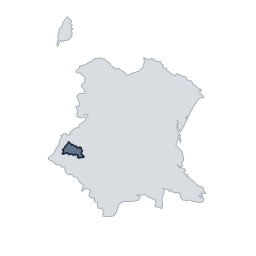 Vosges highlighted on a map of France, rotated 195°
{"feature_id": "FRA-5355", "entity_name": "Vosges", "entity_type": "Metropolitan department", "adm_level": 1, "iso_a3": "FRA", "parent_name": "France", "parent_adm1": "", "projection": "albers", "projection_center": [6.233, 48.171], "detail": "fine", "context": "in_parent", "style": "filled", "palette": "slate", "viewbox_px": 256, "rotation_deg": 195, "n_neighbors": 0, "source": "natural_earth", "source_scale": "10m", "svg_char_len": 5770}
<svg xmlns="http://www.w3.org/2000/svg" viewBox="0 0 256 256"><g transform="rotate(195 128 128)"><path d="M191.0,103.4L189.4,104.2L188.5,106.0L187.5,106.4L185.7,106.5L184.9,105.4L182.7,106.1L181.9,107.2L183.2,108.6L178.9,114.2L176.2,115.7L175.6,119.3L172.4,122.1L171.2,124.9L171.1,125.5L171.9,126.5L171.5,128.3L169.9,129.5L169.9,130.7L170.4,130.9L172.9,130.0L173.9,128.8L173.4,127.3L175.9,125.5L180.4,125.9L181.0,128.4L180.4,130.5L183.7,135.0L180.9,137.1L180.7,138.5L183.7,143.0L185.6,144.8L184.6,147.9L181.5,149.9L179.5,149.7L178.6,150.2L178.7,151.2L180.1,153.9L183.5,155.7L184.1,157.8L183.1,158.5L181.6,161.7L182.3,163.2L182.0,163.9L182.4,165.0L183.3,166.0L188.1,168.6L192.4,168.1L193.0,169.6L190.4,173.7L190.6,175.6L189.2,175.6L189.0,176.3L186.3,177.7L182.0,181.9L180.0,183.1L179.2,185.2L178.0,186.4L171.7,188.8L170.5,188.3L167.5,188.3L165.6,186.8L161.9,185.8L160.8,183.6L157.4,183.1L157.2,181.7L152.4,182.9L145.7,180.8L143.4,178.6L141.5,179.1L139.7,180.9L132.2,185.7L129.2,190.9L129.5,197.0L131.0,200.0L126.6,199.4L123.9,200.2L123.1,201.4L116.9,199.6L114.4,200.7L113.8,200.6L113.1,199.3L110.0,197.6L110.6,196.7L110.2,195.8L107.3,194.9L106.3,195.7L105.3,193.8L97.3,190.5L96.0,190.5L95.3,193.2L90.1,192.7L89.4,192.2L85.9,192.4L82.6,189.6L78.6,189.7L76.3,186.9L74.0,186.5L70.8,184.8L69.3,184.0L69.2,183.2L68.1,184.3L66.9,183.9L66.7,183.5L67.6,182.1L68.0,180.4L63.9,178.7L63.0,177.4L63.0,176.7L65.3,176.4L67.5,174.2L70.3,165.9L72.6,155.9L73.8,154.1L75.1,153.7L74.3,152.2L72.8,153.9L74.5,144.7L76.6,137.8L79.7,141.0L80.4,142.3L81.0,146.6L82.7,148.5L81.6,146.7L80.9,141.0L80.3,139.4L75.4,134.3L75.3,133.2L77.6,134.0L77.0,130.4L77.1,123.1L74.0,122.1L69.2,118.4L66.3,112.5L66.1,110.4L67.3,108.3L66.6,106.8L65.3,105.7L66.6,104.0L67.6,103.9L71.2,105.3L68.4,103.2L63.5,103.3L61.7,102.5L61.5,101.1L63.0,99.6L61.5,98.4L58.7,98.3L58.4,97.8L59.4,96.7L58.7,96.2L56.4,96.4L55.2,95.8L54.2,94.3L50.6,93.6L49.9,92.7L45.2,90.4L40.0,90.0L38.9,87.1L36.0,85.3L36.7,84.5L40.0,84.2L40.7,83.5L38.5,82.1L37.9,80.8L42.1,81.1L40.4,79.7L36.3,79.2L36.0,77.5L36.8,75.9L39.3,74.7L45.4,73.9L49.7,74.4L52.9,72.9L55.9,72.7L58.6,74.0L61.9,79.2L65.2,77.5L69.8,78.0L70.6,79.3L72.0,77.3L72.9,78.6L78.5,78.8L77.3,77.8L76.5,75.7L77.0,68.2L74.7,62.5L74.3,60.5L74.6,58.8L77.8,59.5L80.6,59.0L81.9,59.6L81.8,63.1L82.8,65.3L90.3,66.6L94.6,68.1L98.4,66.4L101.9,65.8L102.3,65.3L100.3,65.4L98.5,64.4L98.3,63.4L99.5,60.8L105.0,58.1L112.8,56.1L114.8,54.5L117.3,51.6L116.8,50.8L117.7,42.4L118.9,39.7L121.9,37.9L129.3,36.3L130.1,39.0L130.0,40.5L131.8,42.9L132.7,43.7L136.0,42.6L137.4,44.8L137.8,47.3L141.6,48.5L142.6,51.8L143.4,51.1L145.8,51.3L146.9,51.6L148.5,53.1L147.9,55.0L148.6,55.9L147.9,57.7L148.3,58.5L152.8,58.6L154.2,57.8L154.8,56.0L156.2,55.0L156.7,55.3L155.8,58.6L156.4,59.5L156.7,61.9L158.4,62.1L161.7,64.1L164.4,67.2L167.9,66.8L170.6,68.5L173.4,67.6L176.1,68.6L177.0,69.5L179.5,73.9L181.5,73.0L182.8,73.5L183.3,74.8L188.4,73.9L189.3,75.2L190.4,75.6L196.9,77.1L197.0,78.8L193.4,83.6L191.8,90.4L190.8,92.7L190.4,94.5L190.7,95.6L190.6,97.5L189.8,101.9L190.3,103.1L191.0,103.4ZM218.5,192.9L218.3,195.6L219.4,197.6L220.0,205.5L218.1,209.4L217.9,214.1L215.4,219.7L211.2,217.4L209.9,216.1L211.0,213.9L208.5,212.9L209.1,210.8L208.8,209.8L207.1,209.8L207.0,209.2L208.2,207.6L208.1,206.6L206.5,205.4L206.1,204.4L207.6,203.1L206.9,202.0L206.0,201.8L208.0,198.1L209.4,196.9L212.5,195.8L213.8,194.4L215.9,195.1L216.3,194.7L216.7,189.0L217.4,188.8L218.1,189.6L218.5,192.9ZM76.0,130.7L75.4,132.3L73.6,129.3L73.5,127.7L76.0,130.7Z" fill="#d9dde1" stroke="#a8b0b8" stroke-width="1"/><path d="M181.5,87.9L181.9,87.6L182.5,86.9L183.6,86.0L184.0,85.9L184.7,86.2L184.8,86.3L184.7,86.4L184.6,86.5L184.5,87.3L184.4,88.2L184.4,88.5L184.3,88.9L184.3,89.1L184.3,89.3L184.6,89.4L184.7,89.5L184.8,89.5L185.2,89.5L185.3,89.5L185.5,89.7L185.6,89.8L185.6,90.0L184.0,92.7L183.9,92.9L183.9,93.0L184.0,93.1L184.0,93.3L184.1,93.6L184.0,93.8L183.8,94.2L183.4,95.1L183.1,95.6L183.0,95.8L182.5,96.4L182.4,96.6L182.4,96.8L182.4,97.0L182.3,97.3L182.2,97.6L182.0,98.0L182.0,98.3L182.1,98.6L182.1,98.8L181.9,99.0L181.5,99.2L181.4,99.2L181.1,99.2L180.0,98.4L179.8,98.1L179.6,98.0L179.2,97.9L178.9,97.7L178.7,97.3L178.5,97.0L178.3,96.9L178.2,96.9L178.1,97.0L177.9,97.3L177.8,97.5L177.7,97.6L177.4,97.7L177.2,97.7L176.9,97.7L176.7,97.6L175.6,96.9L175.1,96.7L174.5,96.8L174.2,96.8L174.1,97.0L173.8,97.1L173.5,97.1L173.3,97.0L173.1,96.9L172.9,96.8L172.7,96.7L172.7,96.4L172.6,96.1L172.2,95.8L171.6,95.7L171.4,95.7L171.2,95.8L171.1,96.0L170.8,96.3L170.7,96.4L170.4,96.6L170.3,96.8L170.2,96.9L169.9,96.8L170.0,96.5L170.0,96.4L169.9,96.2L169.7,96.3L169.5,96.8L169.4,96.9L169.3,97.0L169.0,97.1L168.5,96.4L168.2,96.5L167.9,96.6L167.8,96.3L167.8,96.2L167.8,95.8L167.8,95.7L167.7,95.4L167.4,95.2L167.2,95.1L167.0,94.9L166.8,94.7L166.4,94.2L166.1,94.1L166.1,93.9L166.2,93.7L166.5,93.0L166.5,92.9L166.5,92.6L166.6,92.4L166.9,92.1L166.8,91.8L166.6,91.6L166.1,91.3L166.1,91.2L166.0,90.9L166.0,90.7L165.9,90.6L165.7,90.4L165.3,90.5L165.2,90.4L164.9,90.0L164.6,89.5L164.4,89.3L164.2,89.2L163.9,89.1L163.7,89.2L163.7,89.3L163.6,89.5L163.4,89.5L163.3,89.4L163.2,89.2L163.2,88.9L163.2,88.7L163.2,88.4L163.4,88.1L163.6,87.9L163.9,88.0L164.2,87.9L164.8,87.5L165.0,87.5L165.4,87.5L165.6,87.5L166.3,87.0L166.9,87.1L167.1,87.0L167.3,86.8L167.5,86.4L167.7,86.6L167.8,86.6L168.1,86.4L168.4,86.3L168.7,86.4L169.1,86.6L169.2,86.9L169.2,87.1L169.1,87.4L169.0,87.5L168.9,87.7L168.8,87.9L168.8,88.0L169.8,88.5L169.8,88.9L170.1,89.1L171.9,89.0L172.3,88.8L172.3,88.1L172.6,88.3L173.6,88.2L173.9,87.7L174.0,87.6L174.2,88.0L174.6,88.2L174.9,88.2L175.3,88.1L175.3,88.4L175.5,88.4L175.8,88.1L176.7,88.0L178.0,87.0L178.4,86.9L178.5,87.1L178.5,87.4L178.5,87.6L178.7,87.8L179.6,87.9L180.5,88.3L180.7,88.2L181.2,87.6L181.5,87.9Z" fill="#64748b" stroke="#1e293b" stroke-width="1.5"/></g></svg>